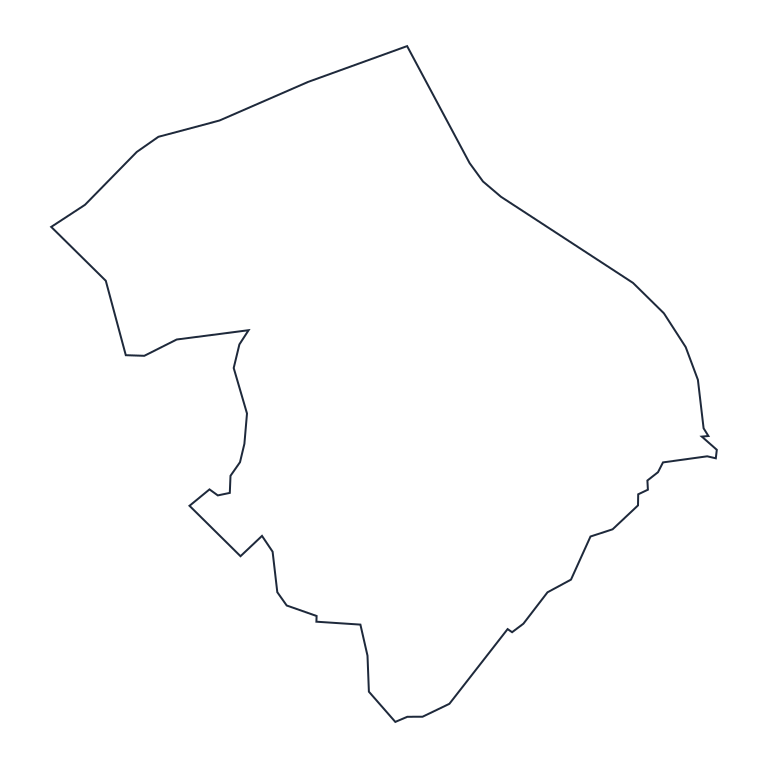 the district of Tallaght Central Lea-6, South Dublin, Ireland
{"feature_id": "5873133B96675921323266", "entity_name": "Tallaght Central Lea-6", "entity_type": "district", "adm_level": 2, "iso_a3": "IRL", "parent_name": "Ireland", "parent_adm1": "South Dublin", "projection": "orthographic", "projection_center": [-6.369, 53.294], "detail": "fine", "context": "isolated", "style": "outline", "palette": "slate", "viewbox_px": 768, "rotation_deg": 0, "n_neighbors": 0, "source": "geoboundaries", "source_scale": "gbopen_adm2", "svg_char_len": 878}
<svg xmlns="http://www.w3.org/2000/svg" viewBox="0 0 768 768"><path d="M51.2,226.9L105.8,280.8L125.8,355.2L144.3,355.8L176.7,339.5L248.6,330.2L239.4,344.4L233.7,368.0L247.0,413.5L244.4,443.8L240.0,462.2L230.5,475.8L229.8,492.9L217.8,495.4L209.5,489.4L189.5,505.8L240.5,556.2L262.0,535.9L272.6,551.7L277.3,592.2L286.7,605.5L316.6,616.0L316.4,621.7L360.4,624.6L367.5,655.7L368.9,691.7L395.3,721.9L407.3,716.8L422.6,716.7L449.4,703.8L507.6,629.1L512.1,632.2L523.4,623.7L547.5,592.3L571.0,579.6L590.5,536.5L612.6,529.3L638.0,505.4L638.2,494.3L647.9,489.7L647.4,480.5L658.0,472.2L663.0,462.4L707.2,456.3L715.8,458.3L716.8,449.8L701.8,436.6L708.4,436.0L703.6,428.3L697.9,379.8L685.7,347.1L663.9,313.3L633.0,282.9L501.0,196.8L483.0,181.5L469.6,163.1L407.1,46.1L308.1,81.9L219.5,120.5L158.4,136.8L136.8,151.9L85.0,204.8L51.2,226.9Z" fill="none" stroke="#1e293b" stroke-width="2"/></svg>